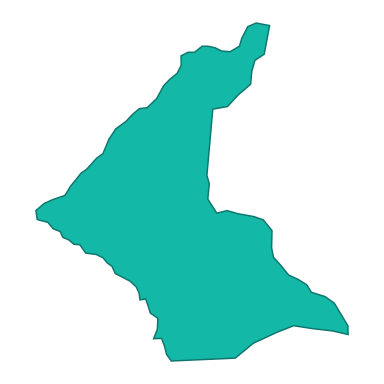 Brazabrantes, Goiás, Brazil (Mercator projection)
{"feature_id": "56859067B50932021579318", "entity_name": "Brazabrantes", "entity_type": "district", "adm_level": 2, "iso_a3": "BRA", "parent_name": "Brazil", "parent_adm1": "Goiás", "projection": "mercator", "projection_center": [-49.38, -16.374], "detail": "fine", "context": "isolated", "style": "filled", "palette": "teal", "viewbox_px": 384, "rotation_deg": 0, "n_neighbors": 0, "source": "geoboundaries", "source_scale": "gbopen_adm2", "svg_char_len": 1265}
<svg xmlns="http://www.w3.org/2000/svg" viewBox="0 0 384 384"><path d="M269.6,25.6L256.2,23.0L247.8,26.6L241.7,38.4L239.5,46.2L230.1,51.7L221.5,51.0L215.2,47.8L207.9,46.2L202.2,46.2L194.5,52.3L188.0,52.3L181.0,55.9L181.2,65.2L177.2,73.3L169.7,79.4L163.8,85.5L156.7,98.5L147.0,107.8L139.4,108.6L132.3,114.6L126.0,121.4L115.8,128.8L109.0,139.1L102.9,153.7L96.6,158.2L86.7,169.2L81.1,173.1L75.8,179.8L70.6,186.1L65.0,195.4L53.0,199.5L44.3,203.4L35.9,210.5L37.2,219.5L47.9,222.4L53.2,228.8L60.1,231.5L62.9,237.4L68.8,239.9L73.8,244.2L79.9,244.8L85.7,253.1L96.3,254.5L103.1,257.9L107.1,262.8L112.0,266.3L115.2,273.5L121.3,276.6L130.1,281.2L136.3,287.0L139.1,293.1L140.0,299.9L145.6,298.9L148.1,305.8L150.3,313.1L157.9,318.3L157.3,329.4L153.6,338.7L161.6,338.4L164.5,346.2L166.6,354.5L171.3,361.0L235.2,358.1L253.4,343.2L276.9,332.3L293.7,325.7L313.1,328.7L324.6,330.0L333.0,331.0L348.1,334.5L347.9,325.8L334.3,303.2L325.2,296.7L311.3,292.2L306.7,284.8L298.3,279.5L288.7,275.1L280.3,264.8L273.5,257.3L271.6,248.0L272.0,230.6L263.3,219.9L254.0,216.6L237.9,213.7L227.1,210.6L216.8,213.1L207.8,199.1L209.3,183.8L206.9,175.4L212.8,109.1L227.4,106.6L238.5,94.6L250.6,84.3L251.8,71.3L254.9,60.4L264.2,54.2L269.6,25.6Z" fill="#14b8a6" stroke="#0f766e" stroke-width="1.5"/></svg>